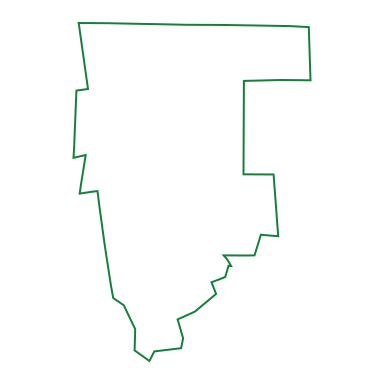 the district of Tolland, Connecticut, United States of America
{"feature_id": "52423323B70359204193032", "entity_name": "Tolland", "entity_type": "district", "adm_level": 2, "iso_a3": "USA", "parent_name": "United States of America", "parent_adm1": "Connecticut", "projection": "mercator", "projection_center": [-72.337, 41.811], "detail": "fine", "context": "isolated", "style": "outline", "palette": "green", "viewbox_px": 384, "rotation_deg": 0, "n_neighbors": 0, "source": "geoboundaries", "source_scale": "gbopen_adm2", "svg_char_len": 722}
<svg xmlns="http://www.w3.org/2000/svg" viewBox="0 0 384 384"><path d="M78.7,23.0L88.0,89.0L76.4,90.6L74.1,147.9L73.5,157.8L85.7,155.0L80.8,185.6L79.7,193.6L92.2,191.7L97.5,191.1L98.9,202.3L99.6,207.8L104.3,242.2L106.4,256.1L110.9,285.2L113.2,298.0L123.8,305.3L135.2,329.1L134.6,350.4L149.4,361.0L154.3,351.4L181.1,348.2L183.1,338.3L177.6,319.4L194.9,311.6L216.1,293.9L211.5,282.3L225.2,277.0L228.5,265.8L231.1,266.0L227.2,259.4L223.7,255.4L229.6,255.4L244.2,255.5L254.5,255.4L260.9,234.8L278.2,236.2L273.6,174.5L243.5,174.3L243.9,80.9L280.8,80.0L310.5,80.3L308.8,27.1L289.8,26.1L250.6,25.4L225.5,25.0L213.6,24.9L187.3,24.8L159.1,24.2L141.9,23.9L108.4,23.2L78.7,23.0Z" fill="none" stroke="#15803d" stroke-width="2"/></svg>